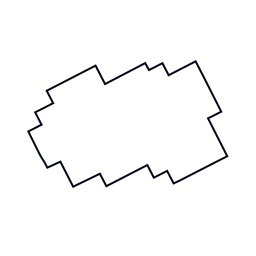 outline of Crook, Oregon, United States of America, rotated 333°
{"feature_id": "52423323B85535624686222", "entity_name": "Crook", "entity_type": "district", "adm_level": 2, "iso_a3": "USA", "parent_name": "United States of America", "parent_adm1": "Oregon", "projection": "equal_earth", "projection_center": [-120.413, 44.131], "detail": "fine", "context": "isolated", "style": "outline", "palette": "ink", "viewbox_px": 256, "rotation_deg": 333, "n_neighbors": 0, "source": "geoboundaries", "source_scale": "gbopen_adm2", "svg_char_len": 512}
<svg xmlns="http://www.w3.org/2000/svg" viewBox="0 0 256 256"><g transform="rotate(333 128 128)"><path d="M218.5,99.3L188.2,99.4L188.1,85.9L173.0,85.9L172.8,78.0L127.5,78.4L127.4,57.7L72.5,57.9L72.6,71.9L52.4,71.9L52.5,85.8L37.6,85.8L37.4,106.6L37.4,113.6L38.1,121.3L38.1,126.7L52.5,127.3L52.5,155.4L82.2,156.0L82.3,170.0L128.4,169.8L128.5,184.0L143.4,184.0L143.5,198.1L148.6,198.3L188.6,198.2L203.6,198.2L203.7,155.7L218.5,155.8L218.6,113.3L218.5,99.3Z" fill="none" stroke="#020617" stroke-width="2"/></g></svg>